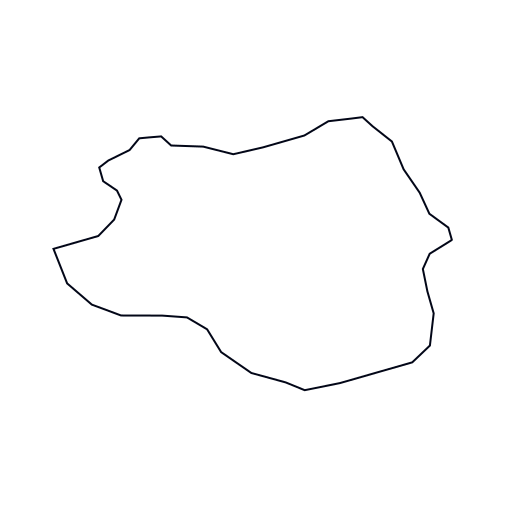 the Statistical Region of Oslomej, rotated 74°
{"feature_id": "MKD-2956", "entity_name": "Oslomej", "entity_type": "Statistical Region", "adm_level": 1, "iso_a3": "MKD", "parent_name": "North Macedonia", "parent_adm1": "", "projection": "natural_earth1", "projection_center": [21.026, 41.576], "detail": "fine", "context": "isolated", "style": "outline", "palette": "ink", "viewbox_px": 512, "rotation_deg": 74, "n_neighbors": 0, "source": "natural_earth", "source_scale": "10m", "svg_char_len": 731}
<svg xmlns="http://www.w3.org/2000/svg" viewBox="0 0 512 512"><g transform="rotate(74 256 256)"><path d="M294.9,64.4L301.7,88.4L314.5,99.2L337.2,101.0L360.1,101.0L390.0,113.5L401.3,135.1L401.3,169.1L401.3,210.3L398.4,246.2L385.7,262.3L367.2,292.7L338.8,316.0L313.0,323.2L296.0,339.3L287.4,362.7L276.0,402.1L257.5,427.2L230.3,445.1L193.3,448.7L193.3,423.6L193.3,402.1L181.9,382.3L164.9,369.8L154.8,371.6L142.0,382.3L127.7,382.3L123.5,371.6L119.3,348.3L110.7,335.8L112.5,326.2L114.9,314.2L126.4,307.1L136.3,276.6L151.9,249.8L153.5,219.3L153.5,176.3L146.4,149.3L150.2,126.3L151.9,115.3L163.4,108.2L183.4,93.8L213.4,90.2L240.3,81.2L263.2,77.7L281.7,63.3L294.4,63.3L294.9,64.4Z" fill="none" stroke="#020617" stroke-width="2"/></g></svg>